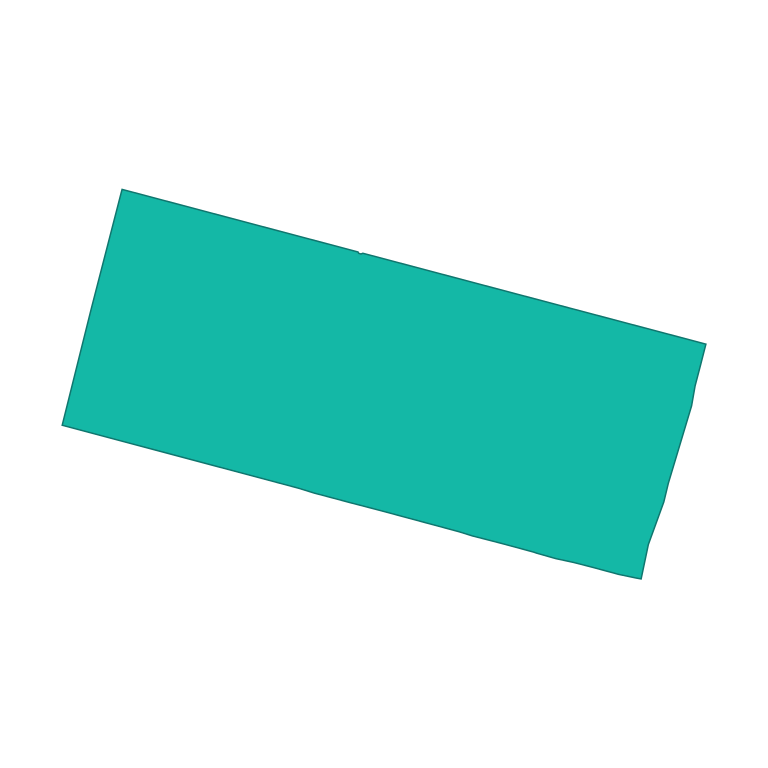 Vadastrita, Olt, Romania (Mercator projection), rotated 176°
{"feature_id": "2599482B28547583336437", "entity_name": "Vadastrita", "entity_type": "district", "adm_level": 2, "iso_a3": "ROU", "parent_name": "Romania", "parent_adm1": "Olt", "projection": "mercator", "projection_center": [24.238, 43.842], "detail": "fine", "context": "isolated", "style": "filled", "palette": "teal", "viewbox_px": 768, "rotation_deg": 176, "n_neighbors": 0, "source": "geoboundaries", "source_scale": "gbopen_adm2", "svg_char_len": 623}
<svg xmlns="http://www.w3.org/2000/svg" viewBox="0 0 768 768"><g transform="rotate(176 384 384)"><path d="M707.9,365.3L476.8,286.1L461.1,280.0L443.2,273.9L426.1,268.0L399.6,259.1L319.5,231.4L306.2,226.2L289.6,220.7L276.8,216.4L246.3,205.8L243.3,204.5L224.7,197.8L207.1,192.7L187.6,186.2L175.3,181.9L169.4,179.9L163.5,177.8L146.2,172.9L141.1,171.6L131.5,205.4L122.3,226.1L113.1,246.8L107.3,265.1L78.7,340.7L73.8,360.4L66.9,380.8L60.1,401.3L246.0,464.7L396.0,515.9L397.9,515.3L400.1,516.1L400.7,517.5L631.7,596.4L632.5,594.1L670.5,480.3L683.4,440.7L707.9,365.3Z" fill="#14b8a6" stroke="#0f766e" stroke-width="1.5"/></g></svg>